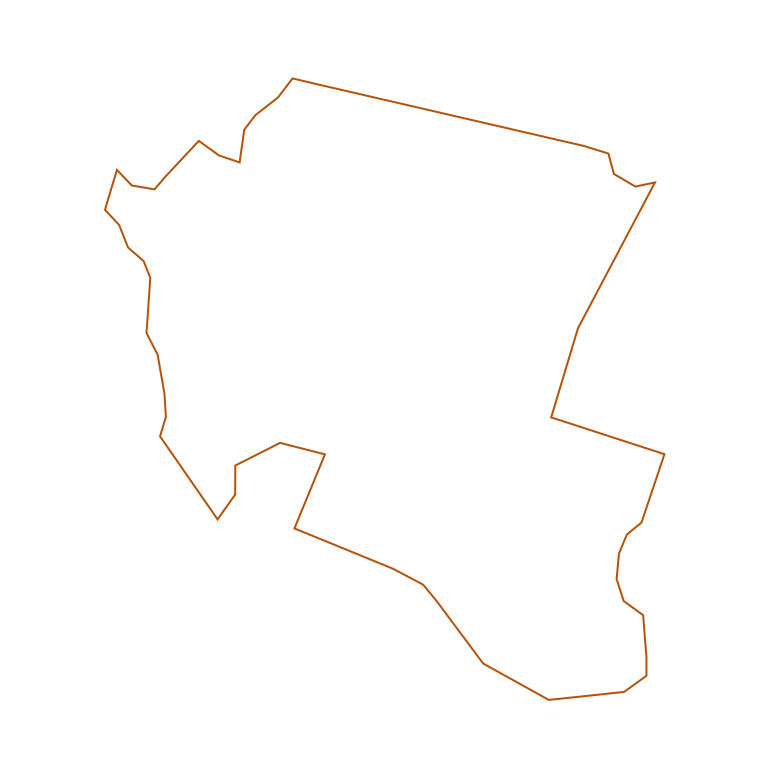 Linha Nova, Rio Grande do Sul, Brazil, rotated 278°
{"feature_id": "56859067B36754154474179", "entity_name": "Linha Nova", "entity_type": "district", "adm_level": 2, "iso_a3": "BRA", "parent_name": "Brazil", "parent_adm1": "Rio Grande do Sul", "projection": "orthographic", "projection_center": [-51.219, -29.456], "detail": "fine", "context": "isolated", "style": "outline", "palette": "amber", "viewbox_px": 768, "rotation_deg": 278, "n_neighbors": 0, "source": "geoboundaries", "source_scale": "gbopen_adm2", "svg_char_len": 797}
<svg xmlns="http://www.w3.org/2000/svg" viewBox="0 0 768 768"><g transform="rotate(278 384 384)"><path d="M131.6,684.5L150.7,681.8L168.3,677.8L191.1,672.8L202.4,651.6L223.1,641.5L248.7,640.3L268.7,645.4L282.7,658.3L353.5,671.5L374.2,554.2L466.1,568.3L621.3,624.3L614.5,605.5L624.0,582.4L643.4,574.2L647.5,549.2L671.5,276.3L673.9,250.9L653.1,239.2L632.3,219.2L616.3,210.2L583.3,210.2L587.4,188.7L599.0,166.8L558.8,138.6L544.8,129.6L545.5,106.6L558.8,89.8L538.7,86.6L517.6,83.5L504.7,99.5L483.5,111.6L472.3,128.8L456.6,137.8L401.5,141.7L381.4,155.8L343.9,167.9L321.1,172.6L301.0,169.5L226.8,238.0L253.7,252.0L282.6,248.1L311.2,289.2L306.1,335.3L228.5,315.4L202.3,418.6L190.7,450.7L176.8,465.9L121.0,521.1L94.1,591.1L112.5,664.6L131.6,684.5Z" fill="none" stroke="#b45309" stroke-width="2"/></g></svg>